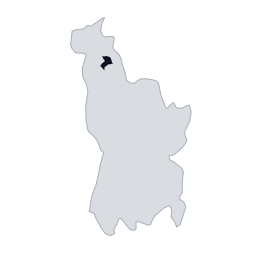 Ptuj highlighted on a map of Slovenia, rotated 274°
{"feature_id": "SVN-216", "entity_name": "Ptuj", "entity_type": "Municipality", "adm_level": 1, "iso_a3": "SVN", "parent_name": "Slovenia", "parent_adm1": "", "projection": "natural_earth1", "projection_center": [15.87, 46.441], "detail": "fine", "context": "in_parent", "style": "filled", "palette": "ink", "viewbox_px": 256, "rotation_deg": 274, "n_neighbors": 0, "source": "natural_earth", "source_scale": "10m", "svg_char_len": 2179}
<svg xmlns="http://www.w3.org/2000/svg" viewBox="0 0 256 256"><g transform="rotate(274 128 128)"><path d="M236.5,96.8L230.4,94.7L223.0,93.8L221.6,94.9L218.7,96.1L217.2,98.2L218.4,106.5L216.6,108.0L208.2,107.1L205.4,108.1L200.9,113.9L196.2,116.3L190.3,118.1L185.9,120.2L180.4,122.0L175.7,123.1L173.8,125.6L172.7,128.4L173.0,131.1L177.7,136.5L178.4,142.2L177.9,149.1L176.8,152.9L174.9,155.3L163.0,158.6L150.7,164.3L150.4,165.6L156.0,170.7L156.3,171.9L151.6,174.8L151.2,177.7L151.7,181.1L154.1,184.6L155.0,187.7L148.2,189.9L139.1,189.1L128.3,184.8L124.5,185.4L120.8,187.6L117.1,186.7L112.9,184.0L107.1,178.5L104.3,175.1L103.2,171.4L101.6,170.9L99.1,172.0L97.1,176.4L91.7,184.2L87.7,186.4L81.6,185.9L73.2,186.1L67.9,186.7L61.5,183.9L59.9,184.5L59.9,186.3L57.5,189.2L53.5,191.1L35.2,186.8L32.7,183.3L36.8,181.6L42.6,177.0L46.5,177.5L51.3,176.6L53.4,174.6L50.4,168.9L42.9,161.7L38.8,159.0L33.3,157.3L32.4,155.3L35.6,144.1L34.6,142.5L28.3,143.1L26.8,141.9L26.3,139.9L26.8,137.3L31.1,132.9L35.9,129.0L37.2,126.9L37.0,125.2L31.0,123.5L27.3,121.7L24.4,121.1L22.4,122.1L20.9,121.0L19.5,117.7L21.0,112.8L26.5,108.3L32.4,104.3L37.6,101.3L40.5,100.1L42.0,95.0L45.0,95.6L51.0,95.8L57.8,97.0L64.0,98.4L69.5,100.2L81.1,102.0L91.6,103.1L94.8,104.2L97.4,104.1L100.6,105.6L102.5,104.5L103.9,102.4L109.6,100.0L115.0,96.9L118.7,92.9L120.8,89.7L124.4,87.5L128.3,86.9L131.8,85.7L146.8,84.3L162.1,85.4L169.4,83.2L175.5,79.4L184.3,78.3L184.7,78.3L197.9,81.2L198.9,79.5L199.5,78.7L199.2,70.4L203.4,66.6L207.2,64.9L220.4,65.5L222.1,68.0L222.8,72.0L224.0,77.4L226.2,78.8L227.4,80.9L227.2,84.6L229.7,87.4L235.8,94.9L236.5,96.8Z" fill="#d9dde1" stroke="#a8b0b8" stroke-width="1"/><path d="M188.1,97.0L188.6,97.3L190.2,98.3L191.9,100.3L192.9,100.9L193.4,101.0L194.0,100.9L194.3,100.6L194.5,100.3L195.5,99.4L197.0,98.5L196.9,100.3L197.6,101.1L196.9,103.8L196.9,104.3L196.6,104.7L196.4,104.9L194.2,106.1L193.7,105.9L191.8,107.0L191.9,106.5L191.8,106.3L191.4,106.2L191.2,106.0L191.0,105.8L191.1,105.5L191.1,105.0L191.2,104.8L191.2,104.6L191.1,104.3L190.3,102.9L188.3,100.8L187.4,99.7L187.1,99.6L186.8,99.5L185.7,99.6L186.7,98.6L187.5,98.1L188.1,97.0Z" fill="#0f172a" stroke="#020617" stroke-width="1.5"/></g></svg>